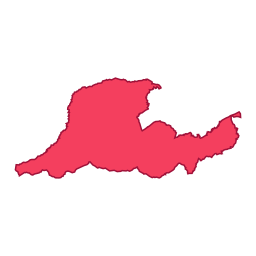 outline of Paulesti, Vrancea, Romania
{"feature_id": "2599482B74824267057169", "entity_name": "Paulesti", "entity_type": "district", "adm_level": 2, "iso_a3": "ROU", "parent_name": "Romania", "parent_adm1": "Vrancea", "projection": "robinson", "projection_center": [26.578, 45.893], "detail": "fine", "context": "isolated", "style": "filled", "palette": "rose", "viewbox_px": 256, "rotation_deg": 0, "n_neighbors": 0, "source": "geoboundaries", "source_scale": "gbopen_adm2", "svg_char_len": 5884}
<svg xmlns="http://www.w3.org/2000/svg" viewBox="0 0 256 256"><path d="M192.0,173.4L192.5,172.7L192.7,171.5L193.2,171.3L193.1,171.0L193.3,170.6L193.9,170.6L194.7,169.8L194.5,168.7L195.1,168.1L195.2,167.4L196.1,166.7L195.8,165.6L196.3,164.2L196.0,163.9L197.7,161.9L197.9,161.1L197.8,160.9L198.6,158.5L200.1,159.5L200.4,160.6L201.2,160.6L202.8,159.1L203.8,159.2L205.7,156.8L206.5,156.3L208.8,156.7L209.9,156.4L211.7,157.4L212.6,156.0L214.8,153.8L216.1,153.5L216.9,154.6L219.5,153.6L220.6,153.6L221.3,153.9L222.0,153.7L221.6,153.3L221.8,152.4L221.6,151.9L222.0,151.9L222.0,151.6L221.6,151.6L221.4,151.2L222.8,151.0L223.4,150.3L225.0,149.6L227.3,149.3L227.8,148.9L230.8,148.2L230.4,147.7L230.5,146.8L232.6,147.2L233.6,145.7L234.1,144.4L235.6,143.0L236.1,140.5L236.1,139.5L236.7,139.3L236.1,138.9L237.8,137.9L238.4,137.2L238.8,135.5L237.6,134.5L238.0,134.1L237.7,133.6L236.4,133.6L236.7,132.0L236.5,131.2L237.1,130.2L236.2,129.8L236.5,129.3L237.0,129.5L237.6,128.8L236.8,128.0L235.0,128.0L234.9,126.2L234.2,124.6L232.9,123.9L231.2,119.9L231.1,115.9L232.8,116.2L233.8,117.1L236.5,116.5L238.4,116.6L240.6,117.4L240.4,113.7L239.1,111.9L235.1,114.0L230.4,115.7L228.6,117.0L226.3,117.9L222.1,120.2L220.6,121.8L220.4,120.8L220.2,121.9L219.5,121.7L219.4,122.0L219.6,122.6L219.1,123.6L219.1,124.9L218.3,125.0L217.9,125.5L218.3,126.2L216.5,127.4L216.8,127.8L215.0,128.5L214.5,127.7L213.5,128.8L213.2,128.5L212.8,128.6L213.0,129.1L211.7,129.4L211.8,129.7L211.5,130.2L212.3,130.7L211.0,131.6L211.1,131.9L210.7,132.4L208.1,131.7L207.9,132.2L207.2,132.2L207.2,133.1L206.5,134.2L207.0,134.9L207.0,135.2L205.8,135.4L202.2,137.6L200.3,138.2L199.6,137.4L200.0,136.4L198.8,135.2L198.7,134.5L197.3,134.6L197.6,136.4L196.9,137.1L194.9,137.3L193.4,136.4L193.6,136.1L193.2,135.8L192.3,135.7L192.4,135.4L191.3,135.7L191.4,133.4L190.2,132.5L186.9,134.2L186.2,133.7L185.2,133.9L184.7,134.6L183.9,134.5L183.8,135.3L183.0,134.9L181.8,135.4L180.8,135.0L180.1,135.4L179.3,135.2L179.2,135.8L178.7,135.8L178.5,136.2L177.8,136.6L177.5,137.2L176.0,137.3L174.8,137.9L176.3,132.8L175.5,132.4L175.5,131.1L174.0,130.5L174.0,130.0L173.6,129.8L173.1,128.6L171.2,127.7L170.6,125.9L168.9,125.1L167.8,125.0L167.2,125.3L166.3,125.1L166.2,124.4L165.5,124.0L164.8,122.9L160.5,121.7L160.4,121.1L160.0,120.9L158.3,121.4L155.8,121.5L153.7,122.4L149.8,125.7L148.0,126.9L147.5,126.9L147.2,127.4L144.8,129.2L142.2,130.8L141.5,129.6L139.8,123.8L138.8,121.4L138.9,120.7L138.5,119.5L136.9,117.5L137.1,116.7L137.3,116.3L138.0,116.5L138.7,116.0L138.9,114.7L139.4,114.5L139.0,114.1L140.0,113.3L142.0,112.9L145.6,110.2L148.2,109.0L148.2,108.5L147.2,107.7L148.6,105.6L147.5,104.5L148.9,104.2L149.1,103.9L148.5,103.3L146.8,102.6L147.3,102.0L147.6,100.7L146.6,99.9L146.7,99.4L146.1,98.3L146.5,97.8L145.9,97.3L146.4,96.0L146.9,95.8L146.9,95.0L147.4,94.3L147.6,93.5L149.4,92.5L149.3,91.5L150.0,90.4L149.6,89.7L151.9,89.8L152.6,89.3L152.7,88.7L153.4,88.9L153.8,87.0L155.0,87.7L155.6,88.4L156.3,88.1L156.3,87.4L157.0,86.7L158.8,88.2L158.8,88.7L159.3,88.8L161.0,87.9L160.6,86.9L159.2,85.2L157.8,84.5L156.0,84.5L153.3,83.7L151.9,83.8L152.2,82.3L151.9,81.8L147.4,79.2L146.1,79.3L146.2,79.9L143.4,79.7L142.1,80.5L138.2,80.8L137.0,81.5L134.7,81.1L134.5,81.7L134.2,81.8L133.0,81.6L130.5,82.3L129.2,81.4L127.6,81.9L125.2,79.8L124.1,79.8L123.6,79.3L122.1,79.8L120.2,79.6L115.4,78.1L111.6,79.9L109.5,79.4L107.4,80.2L106.6,79.6L105.8,80.2L102.7,81.0L101.8,82.8L100.3,83.2L97.8,83.3L96.8,84.2L95.8,84.2L92.8,85.5L92.0,86.5L89.4,86.4L86.1,88.0L85.0,86.9L82.4,87.3L80.4,89.5L79.2,89.5L78.1,90.9L76.8,91.3L76.6,92.0L74.5,92.2L73.9,93.9L73.2,94.0L73.3,94.4L72.1,95.6L72.5,96.9L72.1,97.6L72.1,99.1L71.2,99.6L71.9,101.7L70.7,102.2L70.6,103.1L69.8,104.2L69.7,105.5L68.6,105.9L67.8,107.8L67.7,109.4L69.1,109.8L69.1,110.7L68.3,112.2L69.0,112.0L69.4,112.4L69.0,112.7L69.1,114.0L68.7,114.9L69.1,115.5L68.2,116.2L69.0,116.9L69.0,117.5L68.8,118.4L68.2,118.9L69.1,119.9L68.7,120.7L68.5,121.9L68.6,122.5L66.2,123.6L67.0,124.4L66.4,125.9L67.2,126.3L66.7,126.6L66.7,128.1L65.0,130.4L64.0,130.2L63.0,130.8L63.0,131.4L61.0,132.5L61.0,133.7L60.0,134.9L60.0,135.7L59.3,136.2L58.9,137.1L59.6,138.0L58.7,138.3L58.7,138.7L57.9,139.2L57.6,139.9L57.8,140.4L57.2,141.6L56.4,142.1L56.4,142.8L54.1,143.6L53.5,145.1L51.2,145.1L50.8,146.7L50.5,146.8L50.2,147.6L49.7,147.5L49.0,148.0L48.9,148.5L48.3,148.4L46.7,149.7L47.3,150.6L46.5,150.8L46.8,151.4L46.6,151.9L45.8,151.9L45.6,152.5L43.6,153.5L42.7,154.7L41.1,154.9L40.6,155.8L37.7,156.3L37.4,157.1L36.5,157.9L36.3,158.4L34.6,159.5L31.7,159.5L30.1,159.9L28.3,161.4L25.8,162.5L23.3,162.3L20.7,164.1L19.8,164.1L19.2,164.9L16.2,164.7L15.4,169.8L16.3,170.9L17.8,171.7L18.8,174.6L19.5,175.1L19.5,175.7L24.5,172.5L25.6,172.7L26.4,172.3L28.4,173.0L29.2,172.9L31.3,174.7L32.8,175.0L34.4,174.0L37.8,173.2L39.5,172.7L40.0,172.1L41.2,171.9L41.6,170.9L42.4,169.9L44.0,170.5L46.6,170.0L48.5,172.1L49.4,175.1L50.4,175.4L52.3,176.6L53.8,176.7L55.3,177.8L59.0,177.9L60.8,177.6L62.0,176.3L63.0,176.3L63.7,174.6L65.0,174.1L65.1,172.7L66.0,171.6L67.9,171.1L69.9,171.6L72.2,172.7L74.6,172.0L75.5,170.1L76.6,169.0L84.2,165.5L87.0,164.6L88.7,163.2L88.7,162.2L90.0,161.8L92.9,165.0L94.9,166.0L97.4,167.9L97.9,168.0L99.0,167.3L103.1,168.6L105.5,168.2L109.6,170.9L114.2,170.3L117.2,171.6L120.8,171.3L122.0,170.6L126.1,170.9L127.5,170.4L129.7,171.2L132.2,170.0L133.7,168.4L134.9,168.3L137.2,167.0L137.5,167.3L137.4,168.1L138.9,169.9L139.4,171.3L143.4,173.5L143.7,174.0L146.1,173.8L149.5,176.3L152.2,177.6L153.9,177.0L154.8,177.5L156.5,177.1L159.2,177.9L160.6,177.3L162.0,175.8L163.6,175.1L164.5,174.2L165.4,174.5L165.2,173.6L165.6,173.5L165.4,173.7L165.7,173.8L166.4,172.8L168.7,172.8L172.9,170.2L174.2,169.0L174.7,167.4L177.0,165.4L177.4,164.5L178.9,163.2L180.0,163.3L181.5,164.4L184.1,165.2L185.2,167.4L185.7,167.6L185.3,168.5L185.4,169.1L185.8,169.1L187.5,170.9L187.6,173.1L187.9,173.8L188.9,173.4L192.0,173.4Z" fill="#f43f5e" stroke="#9f1239" stroke-width="1.5"/></svg>